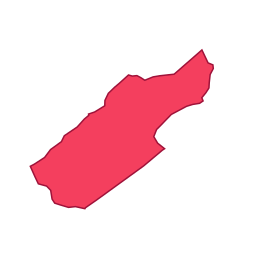 outline of Eskilstuna, Södermanland, Sweden, rotated 147°
{"feature_id": "70781695B99698101105625", "entity_name": "Eskilstuna", "entity_type": "district", "adm_level": 2, "iso_a3": "SWE", "parent_name": "Sweden", "parent_adm1": "Södermanland", "projection": "natural_earth1", "projection_center": [16.38, 59.332], "detail": "fine", "context": "isolated", "style": "filled", "palette": "rose", "viewbox_px": 256, "rotation_deg": 147, "n_neighbors": 0, "source": "geoboundaries", "source_scale": "gbopen_adm2", "svg_char_len": 856}
<svg xmlns="http://www.w3.org/2000/svg" viewBox="0 0 256 256"><g transform="rotate(147 128 128)"><path d="M230.8,149.1L232.6,137.5L233.6,130.0L227.9,123.6L226.8,117.8L230.4,109.7L230.4,104.9L226.3,99.9L221.1,93.8L214.9,90.7L208.1,83.8L207.1,84.3L194.2,84.7L135.4,87.7L111.2,90.7L108.6,90.7L111.4,99.1L111.1,106.7L104.8,111.2L99.5,112.3L92.2,114.0L84.3,115.8L76.3,115.1L67.1,114.3L60.8,112.5L54.5,109.7L50.3,109.8L49.6,113.2L43.6,115.1L38.3,117.5L35.3,121.6L30.0,128.1L24.1,131.4L22.4,134.7L25.4,139.0L23.5,153.2L60.0,148.0L72.9,154.5L79.1,157.2L87.9,158.9L89.9,163.4L92.0,167.1L96.1,169.2L98.7,172.2L111.1,170.2L116.8,169.5L125.6,167.8L132.3,163.7L135.4,159.3L147.3,159.6L153.5,161.2L154.0,160.0L159.7,159.3L170.1,156.5L185.6,156.2L191.3,152.8L204.7,152.1L214.0,148.7L226.4,148.7L230.8,149.1Z" fill="#f43f5e" stroke="#9f1239" stroke-width="1.5"/></g></svg>